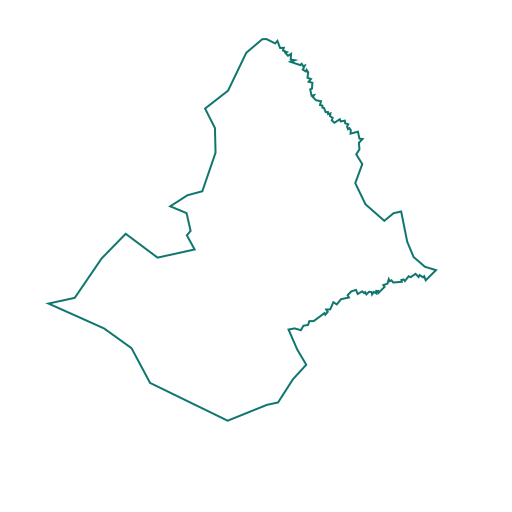 Xongor, Darhan-Uul, Mongolia, rotated 132°
{"feature_id": "93677404B92664087509678", "entity_name": "Xongor", "entity_type": "district", "adm_level": 2, "iso_a3": "MNG", "parent_name": "Mongolia", "parent_adm1": "Darhan-Uul", "projection": "orthographic", "projection_center": [106.116, 49.386], "detail": "medium", "context": "isolated", "style": "outline", "palette": "teal", "viewbox_px": 512, "rotation_deg": 132, "n_neighbors": 0, "source": "geoboundaries", "source_scale": "gbopen_adm2", "svg_char_len": 1910}
<svg xmlns="http://www.w3.org/2000/svg" viewBox="0 0 512 512"><g transform="rotate(132 256 256)"><path d="M276.5,353.0L270.6,336.3L281.1,321.4L286.9,321.2L292.2,306.0L323.1,328.1L326.7,367.7L361.0,369.1L408.4,362.7L430.2,378.4L411.5,320.5L407.8,286.8L421.2,249.8L397.4,166.9L359.5,148.4L350.1,141.6L322.8,146.1L303.2,145.9L297.9,162.8L288.9,182.6L284.0,178.9L281.1,173.0L276.1,174.1L272.4,171.2L268.7,172.8L265.8,169.6L252.6,166.9L253.3,165.2L249.5,165.3L248.8,168.0L246.0,165.1L238.6,167.6L237.9,163.6L231.2,163.9L224.7,159.2L223.8,161.7L218.5,161.5L214.3,159.0L216.2,155.0L211.2,153.4L211.3,150.9L209.8,150.7L210.7,148.3L206.9,148.0L205.5,145.9L206.9,144.0L203.8,144.4L203.3,141.5L201.4,143.3L200.3,141.9L201.4,140.3L192.9,139.8L192.4,141.9L188.6,139.8L184.4,141.8L185.3,139.8L183.4,139.1L183.9,136.3L177.6,130.4L176.5,131.9L174.7,130.7L175.0,128.6L168.9,129.0L168.3,126.9L162.5,125.5L162.8,121.1L160.7,121.7L160.1,117.6L158.5,117.5L160.5,113.6L146.1,112.8L151.0,123.3L151.3,138.2L144.2,153.2L125.8,177.9L132.2,182.4L144.0,184.2L144.3,209.3L135.4,231.0L116.6,238.5L113.4,249.5L107.5,250.5L103.0,255.3L97.8,255.1L99.6,257.7L95.4,263.4L101.8,267.6L99.0,269.8L98.5,272.2L100.2,272.5L98.9,274.9L96.4,275.6L97.7,278.5L96.0,280.6L99.3,283.1L98.3,285.2L104.5,286.9L104.5,290.4L102.1,291.4L102.5,294.7L100.2,296.1L102.3,297.4L100.9,298.9L102.5,300.5L100.5,304.4L101.3,305.8L99.8,307.3L101.0,309.4L97.5,311.3L100.1,315.6L99.8,320.2L97.6,320.5L99.7,322.0L95.9,327.2L94.2,326.4L89.5,330.0L91.3,333.5L87.7,333.6L89.1,337.0L84.6,340.1L83.8,342.9L85.5,342.4L86.2,345.9L82.0,347.2L83.4,347.8L82.6,350.7L84.5,350.8L88.6,360.3L84.6,358.2L86.8,361.7L82.3,365.2L85.8,366.2L85.4,370.1L83.8,369.5L85.2,373.5L82.7,374.6L85.3,377.3L81.8,384.0L85.2,384.0L87.8,393.4L90.7,396.4L111.5,399.2L151.8,387.4L180.5,392.5L188.4,372.1L206.3,355.2L243.8,339.2L256.7,347.6L276.5,353.0Z" fill="none" stroke="#0f766e" stroke-width="2"/></g></svg>